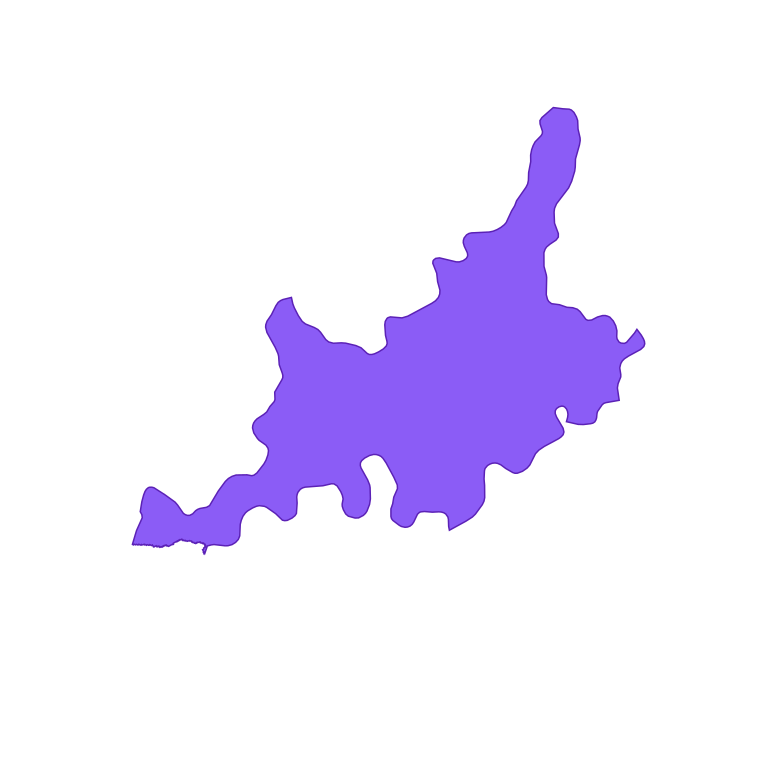 San Cristóbal, San Cristóbal, Dominican Republic (Robinson projection), rotated 61°
{"feature_id": "3306468B49798152350174", "entity_name": "San Cristóbal", "entity_type": "district", "adm_level": 2, "iso_a3": "DOM", "parent_name": "Dominican Republic", "parent_adm1": "San Cristóbal", "projection": "robinson", "projection_center": [-70.119, 18.417], "detail": "fine", "context": "isolated", "style": "filled", "palette": "violet", "viewbox_px": 768, "rotation_deg": 61, "n_neighbors": 0, "source": "geoboundaries", "source_scale": "gbopen_adm2", "svg_char_len": 6160}
<svg xmlns="http://www.w3.org/2000/svg" viewBox="0 0 768 768"><g transform="rotate(61 384 384)"><path d="M525.5,295.7L518.4,285.3L516.9,280.7L516.3,274.1L516.5,257.6L516.1,254.6L515.2,251.9L513.2,249.9L509.5,248.8L496.7,249.1L492.9,248.6L490.6,247.3L489.7,246.1L489.1,244.8L488.8,242.0L489.5,239.2L490.5,237.9L491.7,237.1L494.3,236.5L497.0,236.8L499.7,237.8L502.1,239.5L505.4,242.7L513.4,233.8L516.1,229.3L518.9,222.5L519.5,220.3L519.3,218.0L518.2,216.1L516.7,214.5L513.2,212.1L511.6,210.6L508.0,203.4L507.5,201.1L507.9,198.9L512.3,186.2L500.6,181.8L497.2,179.1L492.6,173.5L490.5,172.3L484.2,170.0L481.0,167.1L479.4,164.5L478.5,161.5L478.1,156.8L478.2,142.7L477.2,138.6L475.3,136.5L472.8,135.5L470.1,135.2L465.8,135.3L458.8,136.3L460.9,140.2L465.2,151.7L465.0,154.1L463.1,156.9L461.2,158.1L457.6,158.3L455.4,157.5L450.4,154.5L445.4,153.1L440.1,152.9L435.0,154.1L433.0,155.6L431.3,157.4L430.1,159.7L428.9,164.8L428.7,171.4L427.2,174.8L425.3,176.1L415.8,177.4L412.3,178.7L408.8,181.9L405.6,186.8L399.7,192.1L395.0,198.5L391.8,199.9L389.4,200.0L384.6,198.8L369.7,190.1L367.4,189.2L358.6,187.0L346.7,180.5L344.2,177.7L343.0,175.4L342.2,171.4L341.5,163.6L340.0,160.3L337.0,158.6L326.0,156.9L316.1,151.9L313.1,149.7L310.0,145.7L302.0,127.5L297.6,121.5L290.3,114.0L286.9,111.5L280.0,107.4L269.6,97.1L266.2,94.4L263.8,93.2L255.1,90.7L247.5,86.9L243.6,86.2L238.6,86.2L235.2,87.3L233.4,88.8L230.1,94.0L224.3,101.9L227.5,116.7L229.2,119.9L232.2,121.4L239.8,122.9L241.7,124.1L242.9,126.0L245.5,134.5L247.8,138.0L250.7,141.3L254.9,144.8L260.7,147.9L269.2,155.0L275.9,159.0L278.7,161.4L280.8,164.5L288.0,179.2L291.5,183.3L294.5,188.5L302.0,198.8L303.0,201.5L303.7,205.7L303.8,210.1L303.3,214.4L302.1,218.3L294.2,234.3L293.5,236.8L293.6,239.5L295.1,243.1L296.8,244.9L298.9,246.2L302.5,247.0L309.7,247.5L311.8,248.3L312.8,249.0L314.1,251.2L314.5,255.0L313.7,259.0L312.2,261.6L300.6,274.3L299.2,277.9L299.6,280.4L300.2,281.5L302.1,282.8L312.7,284.2L320.5,287.5L329.1,289.6L332.3,291.6L334.7,294.5L336.2,298.6L336.6,303.2L336.2,330.3L334.9,336.2L328.4,345.9L327.9,348.4L328.1,349.6L329.8,352.5L332.6,354.6L342.2,359.1L348.0,360.7L350.1,361.6L351.8,363.5L353.0,367.5L353.3,373.3L353.0,377.6L352.3,380.3L351.0,382.6L349.1,383.9L341.2,386.5L336.7,390.0L329.7,397.7L327.3,401.4L323.8,408.5L320.4,412.0L316.9,413.4L308.0,414.4L304.3,415.4L300.8,417.6L293.4,423.6L289.6,425.2L282.6,425.8L273.9,425.5L269.7,424.9L263.4,423.0L261.1,431.5L260.9,434.2L261.3,437.0L263.2,440.7L268.8,448.8L272.3,455.8L274.8,458.6L276.9,460.0L282.2,461.4L299.1,461.4L306.0,462.0L308.6,462.7L316.4,466.3L325.1,467.7L327.4,468.3L329.4,469.5L330.8,471.3L338.1,483.5L344.6,486.8L346.1,488.4L348.4,494.7L351.6,500.1L352.3,503.8L352.9,511.9L353.7,514.6L354.9,516.9L356.6,518.8L358.7,520.3L363.7,521.6L370.3,521.1L372.8,520.5L380.2,516.9L383.9,516.6L386.4,517.4L389.7,519.9L393.4,524.1L395.7,527.8L400.2,538.3L400.7,541.9L400.1,544.1L397.0,547.9L391.9,557.5L391.1,561.7L391.2,565.9L392.3,570.0L397.2,580.7L405.8,595.5L405.8,599.0L403.6,605.4L403.3,607.8L403.5,610.2L404.8,614.2L404.7,617.5L403.7,619.5L402.0,621.1L399.9,622.2L389.8,623.2L386.0,624.0L374.7,629.3L363.2,635.5L361.7,637.1L360.6,639.2L360.4,640.4L360.9,642.9L362.1,645.1L364.6,648.1L369.6,652.9L377.5,659.1L380.8,659.1L383.8,660.3L392.2,671.5L402.3,681.8L402.8,681.5L402.8,681.0L403.3,681.0L403.3,679.8L404.3,679.2L404.3,678.1L405.3,677.5L405.3,676.3L405.8,676.3L405.8,675.7L406.8,675.1L406.8,674.0L407.4,674.0L407.9,671.6L408.4,671.6L408.4,671.0L408.9,671.0L409.4,669.9L409.9,669.9L409.9,668.7L410.9,668.1L410.9,666.9L411.4,666.9L411.4,666.3L412.5,665.8L412.5,664.6L414.5,664.6L414.5,664.0L415.0,664.0L415.0,661.7L416.0,661.7L416.0,661.1L416.5,661.1L416.5,659.9L417.0,659.9L417.0,659.3L418.1,659.3L418.1,658.1L418.6,658.1L418.6,657.0L419.1,657.0L419.1,655.8L418.6,655.8L418.6,654.6L419.1,654.6L419.1,652.9L419.6,652.9L419.6,652.3L420.6,652.3L420.6,651.7L421.6,651.1L421.6,646.4L422.1,646.4L422.1,645.8L421.1,645.3L421.1,641.7L421.6,641.7L421.6,641.1L421.1,641.1L421.1,640.0L421.6,640.0L421.6,638.8L421.1,638.8L421.1,638.2L421.6,638.2L421.6,636.5L422.1,636.5L422.1,635.9L423.2,635.9L423.2,635.3L423.7,635.3L424.2,634.1L424.7,634.1L424.7,633.5L425.2,633.5L425.7,632.4L426.2,632.4L426.7,630.0L427.2,630.0L427.7,628.8L428.8,628.8L428.8,628.3L429.8,628.3L430.3,627.1L431.3,627.1L431.8,625.9L432.3,625.9L432.3,624.7L431.8,624.7L431.8,624.2L432.3,624.2L432.8,621.8L433.4,621.8L433.4,621.2L434.4,621.2L434.9,620.1L435.4,620.1L435.4,619.5L435.9,619.5L435.9,618.9L437.4,618.9L437.4,618.3L438.5,618.3L438.5,618.9L439.5,618.9L439.5,619.5L440.0,619.5L440.0,621.2L441.0,621.8L441.0,623.0L443.5,623.0L443.5,623.6L444.0,623.6L444.0,623.0L445.1,623.6L445.1,623.0L445.4,623.0L440.0,617.0L441.0,613.0L442.0,610.5L448.5,601.4L449.8,598.9L450.8,594.8L450.6,590.6L449.3,586.7L446.9,583.8L437.1,577.8L434.0,574.9L431.3,571.5L429.5,567.6L428.9,564.8L428.7,559.0L429.1,554.8L430.0,552.0L433.0,547.9L435.0,546.4L444.9,541.6L453.8,538.9L455.4,537.1L456.4,534.7L456.7,529.5L456.0,525.7L454.8,523.4L446.0,517.7L440.5,515.1L438.6,513.6L437.0,511.8L435.5,508.2L435.4,505.5L436.0,502.9L443.4,486.7L445.8,478.3L447.1,476.2L450.4,474.4L457.1,474.0L461.1,474.4L464.7,475.5L468.7,478.8L470.7,479.8L474.2,480.5L479.1,480.5L482.3,479.3L487.2,474.3L488.8,471.1L488.9,465.8L488.2,463.0L486.9,460.5L482.3,455.0L477.9,451.6L467.9,446.4L465.4,445.5L459.9,444.8L446.2,444.8L443.7,444.2L441.5,442.8L440.2,440.6L439.4,436.8L439.5,431.3L440.6,427.2L442.0,424.9L443.8,423.1L445.9,421.7L448.6,420.9L454.2,420.4L470.4,420.6L478.7,421.3L482.1,423.0L487.7,430.3L493.0,434.5L496.6,438.5L503.3,442.2L505.4,442.7L507.6,442.4L514.9,439.2L517.0,437.9L519.5,435.1L520.5,432.8L520.9,430.1L520.4,427.4L519.2,425.0L514.1,417.8L513.5,415.3L513.6,414.0L515.1,410.5L519.5,403.9L522.4,398.0L523.8,395.9L525.5,394.2L527.6,393.0L531.3,392.6L533.6,393.3L539.9,396.5L543.6,397.7L543.7,378.9L543.2,371.2L542.1,367.1L537.2,356.5L535.0,353.4L532.2,351.0L521.3,345.1L515.5,342.5L508.6,338.2L506.9,336.6L505.5,333.0L505.4,330.4L505.8,327.7L506.9,325.2L508.4,323.2L511.3,321.0L516.9,318.5L523.9,314.3L525.6,312.7L526.7,310.5L527.5,305.2L526.9,299.6L525.5,295.7Z" fill="#8b5cf6" stroke="#5b21b6" stroke-width="1.5"/></g></svg>